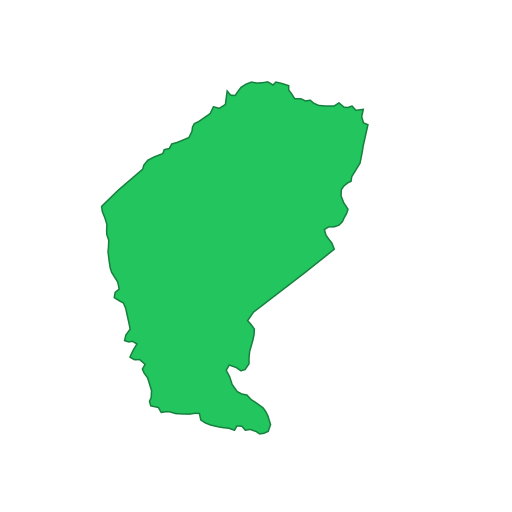 Passa Sete, Rio Grande do Sul, Brazil, rotated 148°
{"feature_id": "56859067B88123902402315", "entity_name": "Passa Sete", "entity_type": "district", "adm_level": 2, "iso_a3": "BRA", "parent_name": "Brazil", "parent_adm1": "Rio Grande do Sul", "projection": "robinson", "projection_center": [-52.86, -29.419], "detail": "fine", "context": "isolated", "style": "filled", "palette": "green", "viewbox_px": 512, "rotation_deg": 148, "n_neighbors": 0, "source": "geoboundaries", "source_scale": "gbopen_adm2", "svg_char_len": 2216}
<svg xmlns="http://www.w3.org/2000/svg" viewBox="0 0 512 512"><g transform="rotate(148 256 256)"><path d="M363.9,368.7L365.7,361.8L369.1,356.9L371.2,353.2L372.5,347.5L375.8,342.6L379.3,337.9L381.4,333.4L383.5,328.9L386.0,323.0L387.1,318.5L387.1,313.4L387.1,307.1L389.5,300.5L394.7,299.8L398.3,295.8L395.5,290.1L393.3,286.4L394.3,280.5L396.5,274.4L399.5,265.9L401.5,260.7L408.3,257.9L412.3,253.9L409.5,250.6L405.9,249.0L403.6,244.5L409.7,241.4L413.1,239.3L416.5,237.0L414.1,232.5L409.5,229.7L407.5,222.9L412.3,220.3L412.9,215.8L412.5,210.1L413.7,205.5L415.9,197.2L419.9,191.5L423.3,189.2L424.7,184.7L419.1,179.3L419.3,173.5L415.5,172.0L411.9,169.7L407.5,164.8L401.6,160.7L396.1,157.1L391.1,154.9L387.4,152.5L389.7,146.2L387.4,141.2L384.1,136.7L378.4,131.0L374.8,127.8L370.4,124.4L366.6,119.6L362.2,122.0L358.2,119.1L357.4,113.9L353.0,112.1L348.9,107.1L347.2,103.2L343.4,101.5L338.6,100.8L333.0,105.3L331.8,109.8L330.6,114.2L330.2,118.5L330.4,123.2L332.4,128.3L334.2,132.6L336.2,136.8L337.4,143.0L341.1,146.4L343.8,151.1L344.3,159.8L342.4,167.1L341.8,174.9L336.5,177.7L332.0,172.1L329.6,166.6L325.4,165.5L319.0,168.3L315.8,173.5L311.8,178.6L307.4,182.5L302.6,186.9L299.3,190.4L296.1,194.9L296.5,200.7L297.4,205.6L288.0,209.7L222.3,216.1L186.0,220.3L184.8,226.8L185.4,232.2L185.6,236.7L184.0,242.2L179.0,242.2L174.2,239.3L169.3,238.2L164.4,239.4L161.0,241.7L156.8,243.9L153.2,246.9L153.4,254.6L152.0,261.9L148.6,266.9L144.8,268.7L139.8,269.4L135.8,269.0L132.8,272.5L118.6,279.6L110.7,288.0L106.9,292.4L91.5,308.0L94.3,312.0L92.5,318.2L87.3,323.5L94.1,326.6L95.1,332.3L99.3,333.2L102.5,335.5L104.5,341.9L110.3,341.8L117.5,346.3L123.1,350.5L126.1,355.0L127.4,359.3L131.9,361.3L134.5,365.4L139.8,368.9L139.9,375.1L140.3,379.5L138.0,383.1L142.7,388.7L147.0,393.0L150.9,392.0L153.7,397.4L158.2,399.3L163.5,402.1L167.7,405.9L173.2,407.0L179.2,407.0L184.2,405.1L188.6,403.2L192.3,405.8L193.0,411.2L201.7,400.7L208.9,400.7L213.0,405.1L219.3,401.1L233.3,400.4L238.2,400.9L241.5,399.0L244.2,395.7L250.1,392.0L262.8,394.1L268.0,395.7L272.5,393.1L277.5,394.8L280.8,392.2L289.3,393.9L297.0,394.6L303.0,392.5L306.0,389.7L337.5,384.9L360.7,379.9L362.8,375.0L363.9,368.7Z" fill="#22c55e" stroke="#15803d" stroke-width="1.5"/></g></svg>